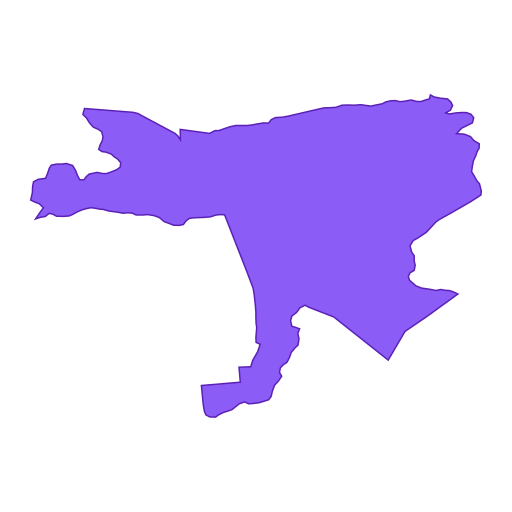 outline of Patos, Paraíba, Brazil
{"feature_id": "56859067B38677350755307", "entity_name": "Patos", "entity_type": "district", "adm_level": 2, "iso_a3": "BRA", "parent_name": "Brazil", "parent_adm1": "Paraíba", "projection": "orthographic", "projection_center": [-37.346, -7.03], "detail": "fine", "context": "isolated", "style": "filled", "palette": "violet", "viewbox_px": 512, "rotation_deg": 0, "n_neighbors": 0, "source": "geoboundaries", "source_scale": "gbopen_adm2", "svg_char_len": 3139}
<svg xmlns="http://www.w3.org/2000/svg" viewBox="0 0 512 512"><path d="M457.9,294.0L452.5,291.5L449.0,290.5L445.2,290.3L440.6,289.5L436.0,290.5L430.1,289.3L421.6,288.1L415.8,285.8L409.5,280.2L408.3,276.5L410.0,272.8L414.2,270.4L415.2,265.3L414.2,260.9L414.2,255.8L411.7,252.1L410.0,245.8L413.2,240.6L418.4,237.6L421.9,235.3L426.3,232.3L435.8,222.1L439.0,219.7L451.7,212.6L470.8,201.6L480.9,195.0L481.3,191.1L479.5,183.8L476.9,180.8L474.6,176.6L471.6,171.7L472.3,166.5L473.4,160.9L475.9,155.4L477.1,151.7L479.1,148.3L479.3,143.8L473.9,140.6L470.5,136.6L464.0,134.1L456.5,133.7L461.6,128.2L472.4,122.9L473.7,117.7L470.9,114.2L466.5,112.6L462.2,112.5L456.1,112.9L449.3,114.0L445.7,112.9L450.5,110.1L452.6,105.5L450.9,102.0L447.5,98.9L440.3,98.2L434.0,96.9L430.4,94.9L429.4,98.9L425.7,99.9L420.7,101.6L416.5,101.4L411.2,100.0L404.0,101.3L399.9,101.7L395.4,100.6L390.5,100.8L385.6,102.0L382.2,103.8L377.0,104.8L370.7,106.1L366.5,105.5L360.8,104.7L354.5,105.2L348.3,105.0L342.0,105.2L336.1,107.3L329.9,107.7L323.9,107.9L317.6,109.3L287.9,116.2L282.3,117.2L275.3,117.6L271.2,119.7L268.6,123.1L263.8,122.9L257.5,123.9L252.3,124.9L247.2,125.5L240.4,125.5L235.8,125.5L230.1,126.7L223.9,128.8L218.8,130.6L215.0,130.6L209.6,133.4L180.2,129.4L180.4,139.7L177.9,136.0L175.0,133.4L144.7,117.2L137.9,113.5L132.8,112.3L84.5,108.5L82.9,114.4L86.5,118.0L89.5,122.9L93.4,127.2L98.0,129.2L101.6,131.6L103.0,136.7L102.3,140.6L100.2,144.8L98.7,149.4L102.0,151.6L105.8,152.1L111.3,154.1L114.3,156.9L117.5,159.0L120.7,162.7L120.2,167.1L116.7,169.7L111.5,171.8L106.4,173.6L102.3,173.5L97.0,172.4L93.4,173.2L89.3,174.0L86.3,176.6L83.9,179.9L79.7,179.7L77.3,175.0L75.6,170.5L72.6,165.5L66.4,163.5L61.6,164.1L56.5,164.1L51.3,165.1L49.3,168.2L47.7,173.0L45.6,178.3L38.2,179.3L33.5,181.8L32.6,186.6L32.4,192.5L30.7,200.1L35.6,202.4L39.2,203.7L43.4,207.7L39.6,213.0L35.6,218.9L40.4,217.3L45.2,216.5L49.2,213.4L52.9,214.2L56.5,216.2L63.6,216.4L69.4,215.9L72.9,214.3L77.0,212.0L81.9,209.9L86.0,208.7L90.9,207.7L95.5,208.3L99.5,209.1L103.6,209.5L108.3,210.9L113.0,211.6L117.6,212.2L122.8,213.2L127.8,212.8L132.3,213.1L136.1,215.0L142.6,215.0L147.8,214.6L154.0,215.6L159.3,217.5L164.3,221.7L168.7,223.3L173.6,225.2L179.0,225.4L183.4,224.5L185.9,221.0L189.4,218.4L193.7,217.8L198.7,217.6L203.9,217.4L210.2,216.9L216.1,215.0L220.5,214.6L224.6,214.8L247.0,272.0L253.1,288.2L254.1,293.8L255.3,304.7L255.9,312.4L255.9,317.7L256.1,323.4L256.7,327.6L255.9,337.5L256.1,342.4L260.2,344.3L257.7,351.6L252.7,360.4L250.7,366.8L239.0,367.2L240.3,382.2L201.4,385.5L203.3,405.1L204.4,411.3L205.8,414.8L209.6,416.9L215.6,417.1L218.7,414.8L223.3,412.5L228.1,411.0L232.0,409.6L234.9,407.3L239.2,403.8L244.8,401.9L248.5,403.8L253.1,403.5L259.2,402.7L263.8,401.3L268.8,399.7L271.2,396.3L272.3,391.4L274.5,385.3L278.3,381.2L281.7,376.2L279.5,372.5L280.3,367.9L283.1,364.9L287.1,362.1L289.5,357.4L291.2,352.5L295.0,347.9L298.0,345.1L299.0,338.6L297.8,333.5L299.6,328.8L295.6,327.4L291.8,326.2L290.6,320.9L291.8,316.1L296.6,312.4L300.0,307.8L305.0,305.2L308.9,307.3L333.8,317.0L388.2,360.1L405.0,331.4L415.6,324.2L426.3,316.9L457.9,294.0Z" fill="#8b5cf6" stroke="#5b21b6" stroke-width="1.5"/></svg>